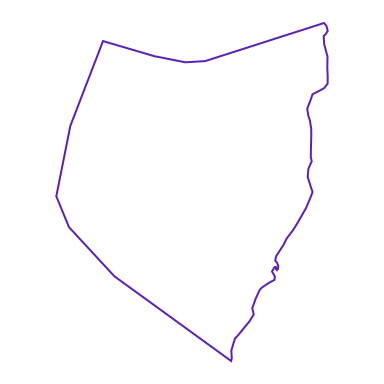 Dahab, Janub Sina', Egypt (Albers equal-area conic projection)
{"feature_id": "37247803B99399074441335", "entity_name": "Dahab", "entity_type": "district", "adm_level": 2, "iso_a3": "EGY", "parent_name": "Egypt", "parent_adm1": "Janub Sina'", "projection": "albers", "projection_center": [34.572, 28.733], "detail": "fine", "context": "isolated", "style": "outline", "palette": "violet", "viewbox_px": 384, "rotation_deg": 0, "n_neighbors": 0, "source": "geoboundaries", "source_scale": "gbopen_adm2", "svg_char_len": 981}
<svg xmlns="http://www.w3.org/2000/svg" viewBox="0 0 384 384"><path d="M231.1,361.0L231.5,359.2L231.8,358.3L231.3,350.7L234.9,338.6L238.2,335.1L243.5,328.6L249.7,321.0L253.7,314.5L252.3,308.2L254.5,302.0L255.5,299.1L259.7,289.9L262.1,287.4L268.2,283.3L274.5,279.8L274.9,276.5L272.0,271.5L274.5,267.2L275.8,266.9L276.0,269.0L276.9,270.1L277.9,268.9L278.3,265.7L277.0,262.8L275.2,260.5L276.2,256.0L278.8,252.2L283.8,244.3L286.7,238.5L293.3,229.8L298.5,221.3L306.1,207.9L306.2,207.6L310.1,198.5L312.6,192.0L310.8,186.8L308.2,178.6L307.7,177.1L308.4,168.8L311.7,161.3L310.8,157.0L310.9,149.5L311.3,134.8L311.2,128.6L309.9,120.5L308.3,115.6L307.2,108.7L310.5,100.3L312.6,94.2L319.3,90.8L324.3,88.0L327.6,83.7L327.7,77.5L327.3,67.3L327.5,56.6L325.8,50.3L324.2,44.2L323.7,36.0L325.7,34.2L327.7,30.9L326.5,26.0L326.4,25.9L324.0,23.0L205.1,61.1L185.3,62.3L154.4,56.2L103.0,41.1L70.3,126.0L56.3,196.3L69.0,227.2L114.4,276.3L231.1,361.0Z" fill="none" stroke="#5b21b6" stroke-width="2"/></svg>